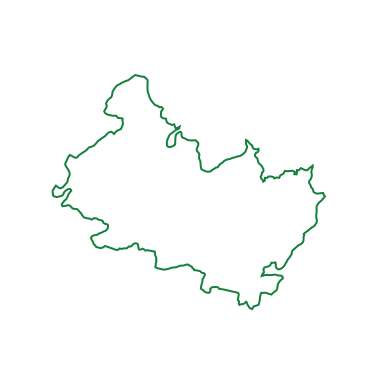 outline of Piracicaba, São Paulo, Brazil, rotated 49°
{"feature_id": "56859067B64041724273684", "entity_name": "Piracicaba", "entity_type": "district", "adm_level": 2, "iso_a3": "BRA", "parent_name": "Brazil", "parent_adm1": "São Paulo", "projection": "equal_earth", "projection_center": [-47.797, -22.712], "detail": "fine", "context": "isolated", "style": "outline", "palette": "green", "viewbox_px": 384, "rotation_deg": 49, "n_neighbors": 0, "source": "geoboundaries", "source_scale": "gbopen_adm2", "svg_char_len": 6047}
<svg xmlns="http://www.w3.org/2000/svg" viewBox="0 0 384 384"><g transform="rotate(49 192 192)"><path d="M84.0,259.8L84.3,262.2L86.6,267.0L87.2,268.8L88.5,269.9L89.7,270.2L94.0,270.8L95.9,271.3L97.8,272.1L99.4,274.0L100.6,276.8L102.7,279.5L103.1,282.4L103.7,286.4L102.9,288.8L101.6,289.7L97.9,290.5L98.6,293.3L99.5,296.0L100.6,297.3L102.1,298.2L103.6,299.2L104.9,298.8L107.1,297.5L107.9,295.9L109.4,293.0L109.5,291.3L108.3,288.5L108.1,285.8L108.7,283.4L110.0,281.9L111.8,282.2L112.5,286.4L113.4,288.0L115.0,291.7L114.8,293.8L115.3,296.3L115.9,298.5L117.7,299.1L119.6,296.3L120.5,294.4L121.5,293.4L123.2,293.0L126.1,293.0L127.7,291.7L129.7,289.9L131.9,289.8L134.1,289.8L135.4,289.7L137.1,290.1L138.7,290.2L140.5,290.1L143.0,288.4L144.9,286.7L147.0,285.9L147.4,283.2L149.3,281.4L151.3,280.8L153.1,279.7L154.1,278.7L155.7,278.5L156.9,279.1L159.0,278.5L160.2,277.5L161.6,277.0L163.0,277.9L164.4,280.0L164.6,282.7L163.8,284.6L163.4,286.9L162.4,289.1L162.1,291.7L160.6,294.0L159.8,295.9L160.2,298.3L162.0,299.0L164.0,299.3L165.8,300.0L167.7,300.4L169.0,300.0L170.4,300.4L171.9,299.6L173.3,298.5L174.5,297.7L175.5,295.4L175.7,293.0L186.0,287.2L187.2,285.5L187.1,283.7L188.6,282.7L189.9,280.4L191.8,277.9L191.6,275.5L193.0,274.1L192.9,272.2L193.0,269.2L194.1,267.8L195.4,267.1L197.0,267.6L198.6,268.8L200.6,269.8L201.9,268.3L202.4,266.5L203.8,265.9L205.6,265.7L206.8,263.7L212.6,259.2L215.1,261.0L216.8,261.7L218.5,262.2L219.7,263.7L221.1,264.3L221.8,265.9L223.1,267.0L224.6,269.0L226.9,268.0L230.2,265.7L231.8,264.4L232.9,263.2L235.1,259.0L235.7,257.1L238.4,253.3L239.6,249.9L240.4,248.5L242.0,246.6L242.9,244.2L244.2,242.5L245.9,242.1L248.5,241.1L249.9,241.7L251.1,241.1L252.3,241.6L255.6,238.8L257.1,237.8L259.3,237.7L261.2,236.2L262.7,236.3L264.0,238.8L264.9,241.5L266.7,243.2L268.0,245.4L269.3,247.1L270.7,248.7L272.1,248.5L273.3,247.9L274.7,248.1L275.9,247.7L277.5,247.0L279.1,245.5L279.2,243.7L278.2,242.4L277.0,241.7L277.0,239.4L279.4,236.2L281.3,234.8L282.9,235.0L285.8,232.5L298.4,223.3L300.0,223.9L303.5,228.2L305.4,228.2L306.7,229.8L308.3,230.3L308.9,228.6L310.1,227.0L310.4,225.4L310.3,223.2L311.7,223.2L313.2,224.0L315.2,224.2L317.2,224.6L319.8,223.4L318.8,220.4L319.6,219.0L320.2,217.3L320.8,215.8L319.7,214.0L318.1,211.8L316.2,210.0L314.5,207.6L313.5,206.0L315.3,203.9L316.2,202.5L317.5,201.8L319.2,201.0L320.3,200.1L321.5,199.4L321.3,197.1L321.6,192.7L320.7,190.9L318.8,188.8L317.4,186.6L316.7,183.1L316.9,180.1L315.2,179.2L313.4,179.7L311.2,182.1L309.2,183.1L307.9,184.8L307.0,186.3L305.7,187.9L303.9,189.6L302.4,191.6L301.2,194.5L300.3,193.1L299.8,190.3L297.3,188.9L296.5,187.1L297.2,185.2L298.3,183.0L298.5,180.9L297.5,178.4L299.1,176.7L299.8,175.3L301.3,176.0L303.4,177.8L304.8,178.2L307.0,177.7L308.0,175.9L308.5,173.6L308.4,172.0L308.0,169.9L307.2,168.0L306.8,166.4L305.8,164.0L305.1,160.3L304.3,157.8L302.5,155.6L302.0,153.8L302.1,151.3L302.0,148.8L302.1,146.2L302.9,143.6L302.7,141.5L301.9,139.9L300.7,138.6L299.0,137.2L298.3,135.7L297.0,135.3L296.9,133.3L297.3,129.3L297.3,125.3L297.9,122.1L296.9,118.1L295.1,116.1L293.4,115.4L292.3,114.6L290.6,113.0L289.1,111.3L287.2,109.6L286.0,108.8L284.5,107.2L283.5,104.2L283.3,102.4L283.4,100.5L283.2,98.6L282.5,94.5L280.7,94.5L278.8,93.6L277.9,94.9L275.6,98.3L274.2,99.4L272.0,100.2L270.6,99.7L268.3,98.8L266.5,99.1L264.8,98.1L263.2,97.9L262.0,97.7L260.8,96.6L260.2,94.1L259.3,92.1L257.5,90.1L255.4,89.0L253.9,87.3L252.3,84.4L251.2,83.6L251.0,87.8L251.2,90.9L249.3,92.5L245.4,94.2L245.7,97.1L244.3,98.5L245.9,99.7L247.3,101.6L245.6,103.1L244.4,101.2L242.1,102.0L239.7,105.3L238.2,107.2L237.0,108.1L238.2,111.0L237.4,114.3L238.5,117.0L236.4,118.7L235.8,121.0L234.0,120.8L231.6,122.7L230.4,124.3L230.6,126.1L229.2,127.7L231.1,129.6L230.9,131.5L229.4,130.8L227.3,130.9L225.7,130.4L224.7,128.1L223.3,126.8L223.4,124.7L221.6,123.1L218.2,122.3L216.8,122.4L214.0,122.7L212.2,122.0L210.4,121.1L209.1,120.6L207.1,121.0L205.3,120.4L204.4,117.8L205.1,116.3L204.4,114.6L203.0,113.5L202.0,115.6L200.5,116.6L199.2,117.2L197.9,116.7L195.4,116.1L193.8,116.6L189.7,116.6L188.2,117.2L189.8,118.6L191.7,120.0L193.3,120.3L194.5,121.2L196.6,125.2L196.8,127.2L196.7,129.9L196.3,132.2L194.9,134.5L193.9,137.1L192.9,138.8L192.3,140.7L191.7,142.1L190.6,144.0L189.6,147.2L189.9,149.6L189.4,151.8L189.5,153.6L190.2,156.2L189.2,158.3L189.0,160.5L188.6,162.2L188.7,164.4L187.4,166.3L186.4,167.4L183.8,168.9L182.4,169.5L180.9,169.9L179.6,169.4L173.9,165.3L171.3,164.7L169.7,163.2L168.8,162.0L167.0,161.3L164.5,161.4L163.2,160.9L162.1,159.3L160.8,156.6L159.2,155.1L156.8,155.1L155.3,155.4L152.5,158.9L150.8,160.4L149.6,161.3L147.1,162.2L145.4,163.0L143.8,163.5L142.1,162.6L140.5,161.2L139.2,161.1L138.4,162.4L138.1,164.6L138.3,166.5L139.6,168.3L142.2,170.9L143.3,171.9L144.9,173.4L145.0,175.7L144.4,177.7L143.6,179.3L142.1,180.4L140.3,180.3L138.0,178.4L136.7,176.8L136.0,175.5L134.6,172.5L134.1,170.6L134.5,166.4L134.5,164.1L135.1,162.1L135.6,159.9L134.6,158.5L134.2,160.9L132.9,162.4L130.9,161.8L129.3,161.0L128.3,163.1L124.3,165.0L122.8,165.2L121.2,164.5L119.7,163.5L117.6,165.3L115.6,166.0L114.0,165.5L112.6,164.0L111.1,162.7L110.7,160.9L110.1,159.2L107.8,159.3L106.5,161.1L104.5,161.2L103.1,162.4L101.5,162.9L96.8,162.8L95.0,162.5L93.0,162.0L88.9,160.3L87.8,159.8L86.2,158.9L84.4,157.5L83.2,156.5L80.7,154.1L78.6,152.2L76.5,152.0L75.0,152.3L73.7,152.5L71.9,154.3L69.2,156.1L66.4,158.2L66.2,160.4L66.0,164.1L65.8,166.7L64.6,169.7L64.1,171.7L63.4,173.5L63.4,175.2L62.7,177.1L62.4,179.3L62.8,181.5L64.1,186.0L66.5,188.8L67.5,190.9L67.3,193.3L67.6,196.0L68.9,199.0L71.0,199.7L72.3,201.6L72.7,203.5L73.6,205.4L75.4,205.8L76.9,205.4L78.6,204.7L82.2,202.0L83.2,201.0L84.4,199.4L85.7,199.2L87.6,199.2L89.0,197.8L91.1,196.2L92.5,197.7L94.5,198.8L95.8,200.0L96.8,202.1L97.9,204.5L97.0,206.9L96.6,208.9L96.6,210.7L97.1,212.7L95.5,212.9L93.6,213.3L92.5,215.5L92.4,218.3L92.8,220.4L92.6,222.4L92.3,224.6L92.2,227.3L91.8,229.4L92.3,231.9L92.7,235.5L91.8,238.4L90.8,240.3L90.9,242.4L91.1,244.2L91.1,246.0L90.6,248.4L90.1,253.0L90.5,256.4L88.9,258.1L86.8,258.7L84.0,259.8Z" fill="none" stroke="#15803d" stroke-width="2"/></g></svg>